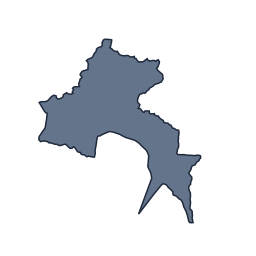 Barra Mansa, Rio de Janeiro, Brazil (orthographic projection), rotated 109°
{"feature_id": "56859067B22264554579489", "entity_name": "Barra Mansa", "entity_type": "district", "adm_level": 2, "iso_a3": "BRA", "parent_name": "Brazil", "parent_adm1": "Rio de Janeiro", "projection": "orthographic", "projection_center": [-44.185, -22.485], "detail": "fine", "context": "isolated", "style": "filled", "palette": "slate", "viewbox_px": 256, "rotation_deg": 109, "n_neighbors": 0, "source": "geoboundaries", "source_scale": "gbopen_adm2", "svg_char_len": 4029}
<svg xmlns="http://www.w3.org/2000/svg" viewBox="0 0 256 256"><g transform="rotate(109 128 128)"><path d="M196.3,35.7L194.3,36.8L192.3,38.0L190.9,38.3L189.0,38.8L187.7,39.7L186.4,39.9L185.1,41.1L184.2,43.3L182.6,43.6L180.5,44.0L178.9,44.4L177.6,44.8L175.8,45.8L174.2,46.4L172.7,46.5L170.9,47.2L169.2,47.8L167.6,49.3L165.9,50.6L164.1,51.4L162.4,51.2L160.9,50.5L159.4,50.9L158.0,51.2L156.6,50.9L154.8,51.2L153.5,51.9L152.8,53.2L151.9,54.6L150.9,55.8L148.7,55.4L146.5,55.0L144.9,55.0L143.6,55.4L142.3,54.2L140.9,52.5L139.0,52.2L137.5,51.7L136.1,50.4L133.9,50.1L132.5,49.5L130.7,50.5L130.7,52.4L131.3,54.0L132.2,55.5L132.9,57.8L133.3,59.5L133.8,61.0L134.2,62.7L134.7,64.3L134.9,66.3L135.7,68.4L136.3,70.2L136.8,72.3L136.1,73.8L134.1,73.8L132.4,74.3L130.4,74.0L128.4,74.3L126.5,75.0L124.6,75.9L123.2,76.7L121.5,76.7L120.0,77.6L118.5,77.6L116.9,78.1L115.5,78.3L113.6,79.5L114.0,80.8L113.9,82.3L113.3,84.4L113.6,86.0L112.6,87.0L111.4,88.2L111.4,90.0L110.5,91.5L110.7,93.1L111.1,94.5L111.0,96.1L109.4,97.0L109.0,99.1L108.2,101.5L106.8,103.3L107.2,104.9L107.1,106.9L105.8,107.7L106.6,109.4L107.4,111.5L106.6,112.9L105.0,113.4L105.7,115.7L106.4,117.5L108.1,117.9L107.7,119.6L106.4,121.6L105.7,122.9L106.2,124.7L104.2,124.4L102.0,124.4L101.2,126.0L100.3,127.5L97.9,128.2L95.7,128.3L94.2,128.2L92.2,127.7L91.0,125.9L89.8,125.2L89.6,123.3L88.2,122.6L86.5,122.1L85.1,120.8L83.4,120.6L81.9,119.3L79.9,117.7L78.4,117.2L77.1,115.6L75.8,113.7L74.6,112.7L73.7,111.5L71.6,111.1L69.9,110.8L68.7,111.6L67.2,112.1L66.0,112.9L65.4,114.6L64.8,116.1L63.9,118.5L62.2,120.4L60.6,119.6L58.6,119.7L57.1,119.5L55.2,119.8L53.7,121.5L54.5,122.7L55.9,123.5L55.6,125.2L56.3,127.0L57.2,128.2L57.5,129.5L57.4,131.1L56.2,132.5L58.0,133.7L59.2,134.4L60.4,135.3L61.1,136.7L61.5,138.1L62.1,139.8L60.8,141.7L59.7,143.1L59.9,144.7L58.3,145.3L59.3,147.0L60.0,148.6L59.6,151.1L59.8,152.8L61.0,155.0L61.5,157.6L61.4,159.8L60.3,161.4L59.0,163.0L59.8,165.3L59.2,167.7L58.2,169.5L58.0,171.3L55.6,171.1L53.4,171.6L51.6,171.6L50.0,172.2L50.3,174.1L50.7,175.6L51.1,177.1L51.7,178.9L52.9,180.0L54.3,180.0L55.7,180.4L58.0,179.2L59.8,179.7L61.1,181.6L62.0,182.6L63.8,183.5L65.6,183.0L67.4,183.7L69.4,184.3L71.5,184.5L73.3,185.0L75.0,187.1L76.4,188.5L77.9,189.3L78.6,187.7L80.4,186.4L83.7,185.6L85.6,185.0L87.0,186.7L88.2,188.4L89.1,189.6L90.7,190.3L93.1,190.7L94.1,189.6L94.6,188.2L95.9,188.2L97.4,189.2L100.0,188.9L101.9,189.1L103.3,188.4L104.5,187.4L105.3,188.7L105.8,190.5L106.8,192.5L108.5,193.4L109.5,192.0L112.2,192.4L113.1,191.3L114.7,193.0L115.2,195.6L114.6,197.5L117.7,200.0L119.2,199.6L120.9,200.2L122.4,202.0L123.5,203.5L122.8,205.3L121.0,206.5L121.1,208.7L122.7,210.2L124.3,211.1L125.6,211.7L127.5,212.2L129.4,213.9L130.1,215.1L130.7,216.7L131.3,218.5L132.8,220.3L139.5,212.3L140.4,210.5L140.5,209.1L146.6,207.8L154.8,206.4L164.9,209.2L167.4,208.8L168.6,207.8L169.3,206.1L168.3,204.7L167.7,203.3L167.3,201.8L167.1,199.8L167.8,197.7L167.1,195.5L167.2,193.3L167.1,191.6L166.6,190.0L167.0,187.3L166.2,185.6L165.0,184.1L163.7,182.3L164.1,180.4L165.4,178.1L166.1,176.0L165.3,174.3L163.4,173.4L164.1,171.5L165.3,170.0L166.4,168.7L167.0,167.1L166.6,165.0L167.7,164.3L168.1,162.5L167.6,160.8L168.0,159.4L168.6,157.5L167.4,156.1L167.2,153.3L166.8,151.8L166.5,150.3L162.5,150.7L160.8,151.5L159.3,151.9L155.2,152.5L153.0,152.9L151.4,153.2L149.8,153.6L148.4,153.7L146.8,154.0L145.4,153.7L144.4,151.7L142.4,150.1L139.7,147.1L137.3,144.4L136.7,140.5L136.7,136.2L136.7,133.4L137.1,131.5L137.4,129.5L137.7,127.3L137.6,123.9L137.4,117.4L138.9,112.1L139.8,110.8L143.0,103.6L144.9,101.5L147.5,99.3L149.0,99.0L154.9,97.5L158.0,96.7L159.8,95.1L162.6,92.2L164.5,91.0L167.8,89.2L201.9,89.9L206.0,90.0L181.9,81.9L170.6,77.7L169.3,76.6L169.1,74.8L169.4,73.0L170.1,71.7L171.2,70.5L171.8,68.7L172.8,66.6L173.9,64.6L175.6,64.2L176.7,63.1L176.6,61.0L177.2,58.9L178.3,57.0L178.6,55.2L179.2,53.7L180.3,52.6L181.7,51.3L184.2,49.8L186.1,47.8L188.0,45.9L189.5,44.8L191.5,43.2L193.1,42.4L194.7,41.2L196.1,40.4L197.3,39.0L197.0,37.5L196.3,35.7Z" fill="#64748b" stroke="#1e293b" stroke-width="1.5"/></g></svg>